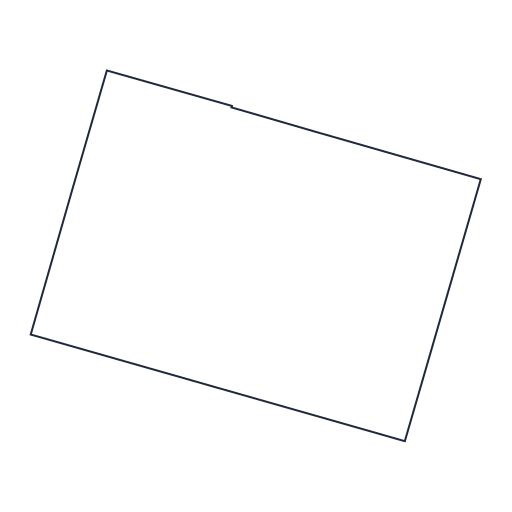 outline of Lancaster, Nebraska, United States of America, rotated 106°
{"feature_id": "52423323B49872749946321", "entity_name": "Lancaster", "entity_type": "district", "adm_level": 2, "iso_a3": "USA", "parent_name": "United States of America", "parent_adm1": "Nebraska", "projection": "robinson", "projection_center": [-96.715, 40.785], "detail": "fine", "context": "isolated", "style": "outline", "palette": "slate", "viewbox_px": 512, "rotation_deg": 106, "n_neighbors": 0, "source": "geoboundaries", "source_scale": "gbopen_adm2", "svg_char_len": 329}
<svg xmlns="http://www.w3.org/2000/svg" viewBox="0 0 512 512"><g transform="rotate(106 256 256)"><path d="M118.4,320.5L118.8,450.5L244.6,450.9L393.6,450.9L393.3,278.1L393.3,256.5L393.0,83.5L393.0,61.9L309.2,61.6L121.7,61.1L120.2,61.1L120.2,234.1L119.9,320.5L118.4,320.5Z" fill="none" stroke="#1e293b" stroke-width="2"/></g></svg>